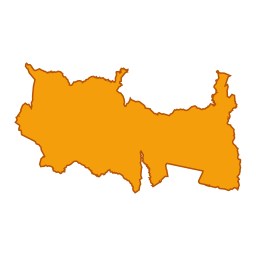 Tafí Viejo, Tucumán, Argentina
{"feature_id": "61730980B77291084066522", "entity_name": "Tafí Viejo", "entity_type": "district", "adm_level": 2, "iso_a3": "ARG", "parent_name": "Argentina", "parent_adm1": "Tucumán", "projection": "natural_earth1", "projection_center": [-65.4, -26.653], "detail": "fine", "context": "isolated", "style": "filled", "palette": "amber", "viewbox_px": 256, "rotation_deg": 0, "n_neighbors": 0, "source": "geoboundaries", "source_scale": "gbopen_adm2", "svg_char_len": 5821}
<svg xmlns="http://www.w3.org/2000/svg" viewBox="0 0 256 256"><path d="M227.5,84.6L225.2,85.8L228.1,77.0L230.3,75.7L224.4,73.2L219.4,73.0L217.8,70.7L216.6,71.4L216.6,72.0L218.2,73.5L218.8,78.1L217.3,80.5L216.4,80.0L215.9,80.4L216.5,82.5L216.3,83.5L214.3,85.6L214.0,87.1L216.1,89.7L216.4,90.4L216.0,90.6L216.2,92.3L216.6,92.4L215.9,92.8L215.8,93.7L213.9,94.6L213.7,95.6L212.6,94.8L211.9,95.9L212.0,97.0L212.7,96.7L213.0,97.7L212.7,98.1L212.9,99.4L212.4,99.5L212.9,100.0L212.6,100.1L212.2,100.5L213.9,101.1L213.5,101.9L214.2,101.9L214.5,102.8L214.1,102.9L215.0,103.6L214.5,104.0L215.4,104.3L214.7,105.4L213.5,105.8L212.5,104.1L212.6,104.5L210.6,103.8L209.2,106.0L208.0,106.3L207.9,107.2L206.1,107.9L205.2,108.9L202.8,108.9L201.8,109.6L199.1,108.2L197.2,108.2L196.5,106.9L194.9,105.9L191.5,106.9L188.8,109.3L187.0,110.4L185.1,110.3L183.3,109.3L182.1,109.7L180.4,109.1L178.9,110.0L176.9,109.4L175.7,110.2L174.8,109.9L173.8,110.9L173.1,112.4L171.8,113.7L170.6,114.0L169.4,115.6L163.1,113.8L162.2,114.3L159.1,112.8L158.4,113.0L157.8,113.7L157.8,114.7L157.3,114.8L155.6,113.6L154.4,113.6L150.7,110.0L150.2,108.9L145.2,108.0L144.8,106.1L144.1,105.3L139.8,102.0L138.5,101.4L135.7,101.7L131.1,99.6L130.3,98.3L129.7,100.6L128.3,103.0L126.5,104.1L126.0,106.0L125.0,106.3L123.8,104.2L124.5,102.6L124.1,99.4L122.8,95.8L120.7,93.1L119.0,92.7L117.0,90.9L116.9,90.2L119.2,86.7L120.6,86.2L121.0,85.1L122.0,85.0L121.3,83.9L119.8,83.3L119.8,81.8L121.2,81.3L121.2,77.7L125.4,72.6L127.4,71.9L126.6,70.8L127.8,70.3L127.8,69.5L126.1,70.2L125.8,69.6L124.9,69.5L123.7,68.3L123.2,68.9L121.5,68.4L120.8,69.2L120.9,70.0L120.3,70.2L120.8,71.6L119.5,71.0L120.4,72.1L120.0,72.9L119.6,72.0L119.1,72.2L118.6,71.7L116.4,71.8L116.2,72.4L116.6,74.9L115.4,78.0L115.5,80.2L115.1,81.8L114.4,82.2L112.4,80.8L111.1,82.2L110.7,81.4L110.0,81.4L109.7,80.8L108.6,80.9L108.8,80.3L108.3,79.5L105.6,80.2L105.5,79.4L104.7,79.4L103.1,77.8L100.7,78.3L99.6,77.3L98.2,78.2L97.0,78.0L97.0,77.4L96.3,76.7L95.1,77.6L93.6,76.4L91.6,76.6L89.3,77.8L87.8,79.3L86.0,79.7L85.6,80.9L83.6,81.4L82.7,82.6L81.5,81.3L79.9,80.7L77.5,81.0L75.4,82.1L73.8,82.0L72.2,84.7L71.1,85.3L69.4,85.0L69.4,83.3L68.4,82.0L67.6,79.4L66.7,79.1L65.5,77.0L63.7,76.8L62.6,75.2L62.7,73.7L60.6,71.9L58.2,71.3L55.8,72.3L54.1,71.7L53.3,72.5L51.5,72.2L51.2,71.7L51.6,71.5L51.1,71.2L49.8,72.4L49.3,72.0L48.1,72.3L47.8,73.0L44.8,71.3L43.8,71.3L42.8,70.4L41.9,70.4L39.5,68.8L36.5,70.2L34.7,70.5L33.7,69.8L30.7,65.3L29.9,64.7L28.0,64.8L26.7,63.3L25.9,64.0L25.5,66.3L27.0,68.4L27.8,68.7L29.2,72.8L35.0,79.7L33.5,86.1L32.6,96.1L32.7,100.2L31.4,102.8L31.8,106.1L31.3,108.3L28.8,104.4L27.3,104.7L25.3,103.2L22.6,105.4L20.7,110.0L21.0,111.0L18.5,114.9L18.7,115.8L17.9,115.5L17.4,116.7L16.2,117.4L17.2,120.0L15.4,122.4L19.2,125.0L19.6,125.7L19.6,127.0L18.9,128.1L19.2,128.7L18.8,129.2L19.1,130.3L20.8,130.2L21.3,131.6L21.6,134.6L35.2,141.5L36.3,143.8L38.9,144.7L41.1,147.5L41.1,149.5L44.7,156.4L44.4,156.9L43.3,156.6L41.0,159.0L39.7,164.2L40.7,166.6L44.4,166.2L45.7,165.3L47.6,166.3L48.7,165.8L51.8,166.7L53.4,168.4L52.8,169.0L53.5,170.9L54.8,171.1L56.2,172.2L58.5,172.0L60.5,173.5L61.6,173.0L62.2,171.7L64.6,171.7L64.6,170.9L64.1,170.7L65.0,169.8L64.1,168.7L64.7,167.9L65.8,167.7L67.0,165.4L68.9,165.2L70.7,164.3L74.0,161.4L76.8,161.2L78.8,163.1L80.0,163.2L82.1,164.7L84.6,165.6L85.0,166.8L86.0,167.6L88.7,168.0L89.2,169.4L90.8,170.3L90.9,171.0L91.6,171.1L91.5,172.0L92.1,173.4L92.7,173.1L93.2,174.0L94.8,174.4L96.6,175.9L96.7,174.9L97.2,174.8L98.1,176.5L99.1,176.7L100.6,175.3L101.2,174.0L103.0,173.9L103.8,174.7L104.8,174.2L105.5,172.7L106.7,172.3L107.8,170.6L109.7,169.7L110.4,171.9L112.1,171.9L113.0,173.1L114.4,172.5L115.2,173.3L116.4,172.8L118.0,174.0L119.3,173.5L122.7,175.6L123.5,177.5L124.7,178.8L126.0,179.1L127.3,180.3L129.2,181.0L130.3,183.1L131.6,183.9L132.0,185.8L133.2,187.0L132.8,188.7L133.3,190.6L135.2,192.7L139.1,189.9L139.7,185.8L140.6,184.1L139.7,179.8L141.8,178.2L140.8,175.4L141.4,168.5L141.9,167.6L140.3,162.8L140.9,161.7L140.9,159.2L141.2,158.6L140.8,156.8L141.3,155.4L140.8,155.0L140.4,152.1L141.0,151.1L143.3,155.0L143.0,156.9L142.3,157.8L143.1,158.8L143.0,160.2L142.6,160.3L143.0,161.8L144.4,163.0L144.4,163.6L146.1,164.3L146.3,165.2L147.0,165.0L146.8,166.4L148.0,166.6L147.7,167.8L149.0,168.1L149.0,169.0L149.5,168.7L149.6,169.1L149.1,169.8L149.5,170.3L149.1,170.8L149.3,172.2L148.8,172.6L149.9,173.6L149.5,174.9L150.7,176.9L150.4,177.8L149.5,177.9L149.9,178.2L149.5,179.3L150.6,180.3L150.5,181.3L151.0,182.8L152.8,184.1L152.8,185.0L152.2,185.4L153.1,185.7L152.7,186.3L153.0,186.6L159.1,182.6L159.5,181.4L160.1,182.3L161.0,181.5L161.5,179.7L165.0,176.4L167.8,176.4L166.6,169.5L166.2,169.0L165.7,165.0L167.0,163.4L202.7,170.9L203.0,171.1L202.7,172.4L198.6,181.1L198.9,182.4L199.9,183.4L206.6,184.9L206.2,185.3L209.0,186.2L209.2,185.3L209.8,186.1L215.5,187.5L217.9,186.6L219.4,188.5L224.7,189.0L228.6,190.4L229.6,190.1L230.4,189.0L232.1,189.3L234.5,187.6L235.7,187.9L237.5,189.5L237.5,188.2L238.3,188.4L238.3,187.3L239.2,185.3L238.4,181.7L237.9,181.7L238.3,180.0L239.2,179.4L238.5,177.9L237.4,177.5L237.2,177.0L239.4,174.0L240.1,170.8L239.9,170.0L240.5,167.7L239.7,163.7L240.5,162.2L240.2,161.2L240.6,160.1L239.9,159.3L238.4,159.2L237.8,157.7L237.8,156.0L238.7,154.8L237.8,153.2L237.8,151.8L237.3,150.7L237.9,148.4L236.5,147.7L235.8,146.1L233.2,143.8L232.6,142.1L232.8,141.1L234.5,138.3L234.4,136.5L233.7,135.3L234.5,134.8L233.7,131.2L234.0,129.5L231.0,126.3L230.6,125.1L227.9,124.4L227.2,122.8L228.4,121.0L228.0,119.2L228.2,118.0L228.6,118.8L229.0,118.9L230.0,116.7L229.1,112.8L229.6,112.1L230.5,112.3L231.4,110.9L232.6,110.4L232.3,109.6L232.7,108.8L233.9,107.9L235.6,107.9L236.4,107.0L235.7,106.9L236.8,104.6L235.3,103.2L235.6,102.0L234.6,100.6L234.9,100.2L234.5,95.5L232.0,94.4L229.4,97.6L227.4,96.5L227.1,90.5L228.1,86.8L227.5,84.6Z" fill="#f59e0b" stroke="#b45309" stroke-width="1.5"/></svg>